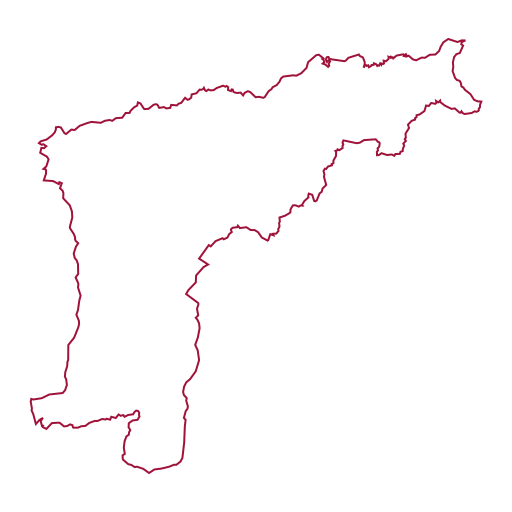 PUI, Hunedoara, Romania
{"feature_id": "2599482B55775977507449", "entity_name": "PUI", "entity_type": "district", "adm_level": 2, "iso_a3": "ROU", "parent_name": "Romania", "parent_adm1": "Hunedoara", "projection": "mercator", "projection_center": [23.151, 45.49], "detail": "fine", "context": "isolated", "style": "outline", "palette": "rose", "viewbox_px": 512, "rotation_deg": 0, "n_neighbors": 0, "source": "geoboundaries", "source_scale": "gbopen_adm2", "svg_char_len": 5861}
<svg xmlns="http://www.w3.org/2000/svg" viewBox="0 0 512 512"><path d="M55.9,127.3L55.9,129.4L54.7,132.4L52.4,135.1L46.7,139.5L40.8,141.3L38.9,143.1L41.7,144.8L43.3,144.2L46.3,146.2L44.0,148.2L41.4,147.9L40.2,152.8L46.9,156.6L48.6,159.4L46.3,166.4L43.5,168.9L45.8,169.5L46.1,170.5L46.0,173.6L43.8,180.4L53.2,181.1L58.8,184.1L59.3,182.2L61.8,183.2L60.0,188.3L62.6,190.7L63.4,193.1L63.2,198.3L69.7,205.2L71.9,211.3L72.3,217.5L69.9,226.6L70.0,228.2L73.8,234.0L75.1,237.3L75.0,239.1L75.7,240.9L78.2,243.2L75.9,246.7L73.7,253.6L74.8,258.1L76.6,260.2L78.0,264.2L78.2,273.9L75.6,277.5L77.9,282.4L78.4,284.2L78.0,287.4L80.6,295.7L79.3,300.5L78.0,309.9L76.4,314.7L78.9,320.8L79.1,324.0L78.2,327.6L74.1,337.7L68.3,345.0L68.2,359.9L67.4,362.0L67.2,366.2L65.3,372.1L64.9,376.6L66.2,379.4L66.9,384.9L65.1,390.2L62.7,393.0L49.3,394.5L41.7,398.2L33.4,399.5L31.3,398.9L30.7,401.6L31.9,408.3L31.6,410.4L33.3,414.3L35.9,424.0L39.5,419.9L42.9,417.9L40.7,421.1L41.8,425.3L42.7,425.6L42.1,426.2L42.8,427.1L46.4,428.9L51.9,423.1L58.0,422.7L59.7,422.8L64.0,426.4L67.0,426.1L70.1,424.4L72.5,425.2L72.9,427.3L73.6,427.7L77.9,427.7L81.0,426.3L85.4,425.9L89.3,422.9L94.9,420.9L97.4,421.0L102.2,419.0L105.6,419.5L106.6,418.7L110.1,419.7L111.3,416.8L115.8,418.0L118.6,414.5L120.7,415.8L123.3,415.1L124.6,416.8L128.1,415.0L133.1,414.3L134.6,411.9L136.2,410.6L138.1,411.0L139.2,412.6L139.0,414.6L139.5,416.6L137.5,419.8L132.6,420.5L128.8,423.2L128.6,427.2L130.3,430.2L129.1,432.1L128.8,434.7L126.4,436.5L124.6,441.2L123.8,447.7L124.8,453.9L122.6,455.4L122.7,458.2L123.0,459.6L128.3,464.2L131.3,464.9L134.7,467.1L137.0,466.7L143.2,468.8L149.1,473.0L154.3,469.5L161.3,468.6L169.2,466.7L174.1,464.7L176.3,464.8L180.5,461.6L182.4,457.9L184.2,442.5L184.8,426.6L185.6,419.8L183.9,417.9L185.8,410.9L187.4,409.0L187.9,406.4L186.2,400.7L186.7,398.1L183.9,395.0L183.1,391.9L184.1,386.6L186.3,382.3L190.1,379.1L195.7,371.4L199.1,360.1L197.7,350.3L195.2,344.9L197.9,337.3L199.6,328.2L199.1,323.4L197.4,319.7L195.8,317.8L198.2,315.3L197.0,308.8L198.4,304.4L198.3,303.1L186.1,294.0L188.4,290.1L195.8,282.4L196.1,275.5L203.5,267.1L208.1,264.5L199.1,258.6L208.8,245.1L210.7,246.4L215.6,241.1L222.6,238.2L223.8,239.3L227.5,237.5L229.2,234.1L231.8,232.0L230.9,229.9L231.4,228.7L232.9,227.7L237.2,227.2L237.9,225.7L239.9,228.1L246.3,227.2L250.7,230.0L254.7,230.1L258.1,232.2L261.8,237.5L267.6,240.6L268.2,240.2L270.3,234.2L273.5,235.3L272.9,233.8L276.3,233.6L278.5,230.9L278.2,229.1L279.5,226.6L279.1,223.0L279.8,221.7L279.5,217.5L285.1,215.7L289.7,213.0L290.5,212.1L290.4,210.0L291.4,207.7L293.0,205.3L295.4,205.3L298.8,206.6L300.4,205.5L302.5,205.6L302.0,204.9L304.3,201.1L308.5,197.3L308.2,195.7L308.8,193.6L312.2,194.8L314.2,201.0L315.5,201.3L316.7,200.5L319.6,193.4L321.7,191.8L322.6,188.5L326.2,184.9L324.0,177.0L324.4,174.1L323.5,171.0L324.9,168.7L326.2,168.9L328.0,166.5L331.9,165.3L331.6,164.1L333.4,163.2L333.4,160.6L336.0,156.0L336.1,152.2L335.4,150.9L337.6,150.2L337.7,149.4L339.3,150.2L342.6,148.0L342.5,146.0L343.3,144.4L342.5,142.7L343.4,140.4L356.6,143.2L359.8,142.7L364.0,140.1L375.7,139.3L377.9,141.8L379.3,142.3L379.7,143.4L379.2,146.7L377.6,148.4L378.0,150.5L376.9,151.7L377.0,155.2L378.8,155.1L381.5,153.2L387.0,155.0L391.8,154.5L394.3,155.8L395.4,154.0L399.8,153.9L400.5,151.8L402.7,151.1L402.9,148.7L404.2,145.6L403.3,143.6L405.9,140.9L404.7,139.2L405.8,137.8L405.5,133.6L409.0,128.1L408.0,124.6L411.7,120.8L415.1,119.6L415.0,118.2L416.5,117.2L416.6,115.2L419.5,114.5L424.4,111.1L426.1,105.5L428.8,106.0L431.2,103.0L435.4,103.8L436.4,102.7L436.1,101.0L438.2,102.4L440.1,100.6L440.3,102.1L444.7,105.5L451.5,108.9L454.8,108.4L459.6,112.7L460.5,112.7L461.5,111.3L462.6,113.1L464.7,114.0L471.7,113.0L474.6,111.3L476.4,111.8L478.2,111.1L478.8,110.3L478.8,108.5L479.9,107.5L480.1,104.5L481.3,101.6L477.5,101.3L474.1,99.8L470.4,94.1L464.8,89.7L463.4,87.5L461.5,86.5L460.8,82.9L459.6,80.8L456.9,80.0L455.1,78.0L452.6,71.1L453.3,66.9L452.9,62.4L454.1,57.1L456.4,54.2L459.8,53.0L463.1,45.6L461.3,44.3L461.6,42.2L465.4,40.4L461.6,40.4L457.5,42.0L448.2,39.0L443.4,42.3L440.7,46.7L439.1,51.0L435.4,54.5L429.7,54.8L425.0,57.8L421.7,57.6L416.1,60.3L412.9,59.4L408.7,55.7L407.0,56.2L405.9,54.2L405.1,54.9L405.7,56.4L403.8,56.0L404.3,54.8L403.2,54.3L396.5,55.6L393.2,58.4L392.7,57.3L391.1,57.8L390.8,55.9L390.3,57.5L388.5,56.8L388.8,57.9L388.3,59.2L385.9,61.3L383.7,60.7L384.0,63.5L383.1,64.0L381.6,63.5L381.3,64.8L380.1,63.5L379.0,65.7L377.8,65.3L377.2,65.9L376.0,64.1L373.9,63.3L373.7,64.8L371.6,65.0L371.4,65.8L368.9,67.2L368.2,65.3L366.6,65.9L366.1,65.1L365.0,65.1L363.6,67.7L364.7,64.1L364.7,62.0L362.9,57.4L359.8,56.0L358.9,54.5L348.4,57.8L345.8,60.6L344.5,61.2L331.3,59.3L329.3,58.7L328.5,57.0L327.1,57.1L326.5,57.6L326.0,59.9L327.0,62.0L328.8,60.1L330.1,61.4L328.7,63.8L329.2,65.7L328.1,66.9L325.5,64.6L322.7,63.6L324.3,62.1L323.6,59.9L322.4,59.0L323.4,58.4L318.9,54.7L316.2,55.2L308.1,62.2L306.5,67.9L301.3,73.2L296.3,75.7L293.1,75.3L283.2,76.6L281.0,78.4L279.5,81.7L276.7,85.1L272.7,87.2L271.4,89.2L268.6,91.2L264.7,97.1L263.3,97.8L258.9,96.8L255.6,97.2L250.3,92.1L247.9,91.2L244.6,92.9L243.1,95.4L240.6,92.6L237.1,93.0L234.2,92.3L233.3,91.6L232.8,89.6L231.7,89.4L231.0,91.1L228.0,90.0L228.2,87.1L226.5,86.0L225.4,86.7L223.1,85.7L216.7,88.0L213.7,90.1L210.7,90.4L208.3,89.5L206.3,91.1L205.1,90.4L203.9,87.8L203.2,89.0L201.3,89.8L199.6,89.6L196.4,93.3L191.7,94.4L191.2,97.6L189.2,99.3L187.6,99.8L185.1,97.8L181.2,102.9L178.6,103.7L176.9,105.4L171.2,104.9L170.2,107.9L166.4,108.4L163.9,107.1L159.2,107.9L157.5,104.8L156.0,104.2L153.7,104.7L148.5,108.8L144.8,109.1L143.9,108.7L140.5,103.5L137.9,102.4L137.2,105.6L134.1,107.3L130.5,110.9L129.6,112.9L125.6,113.0L122.2,117.7L115.8,118.2L112.3,120.8L109.5,120.0L104.8,120.8L100.8,122.8L91.5,121.9L87.4,123.0L79.7,125.8L74.7,130.0L71.3,129.6L66.1,134.0L64.4,133.1L60.9,127.5L58.7,126.9L55.9,127.3Z" fill="none" stroke="#9f1239" stroke-width="2"/></svg>